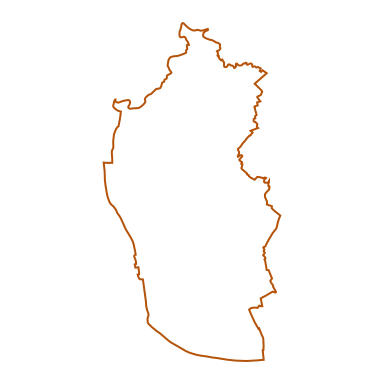 the district of Vinh Tuong, Vĩnh Phúc, Vietnam
{"feature_id": "81297802B74371944720443", "entity_name": "Vinh Tuong", "entity_type": "district", "adm_level": 2, "iso_a3": "VNM", "parent_name": "Vietnam", "parent_adm1": "Vĩnh Phúc", "projection": "mercator", "projection_center": [105.503, 21.249], "detail": "fine", "context": "isolated", "style": "outline", "palette": "amber", "viewbox_px": 384, "rotation_deg": 0, "n_neighbors": 0, "source": "geoboundaries", "source_scale": "gbopen_adm2", "svg_char_len": 5886}
<svg xmlns="http://www.w3.org/2000/svg" viewBox="0 0 384 384"><path d="M152.0,327.2L156.7,331.1L159.7,333.1L169.1,341.1L171.7,342.9L177.3,346.1L186.1,351.2L189.8,352.8L196.8,354.9L202.5,355.9L207.2,356.5L211.2,357.3L216.7,358.0L227.3,359.7L235.6,360.6L246.4,361.0L257.1,360.4L263.7,359.8L262.7,350.2L263.4,350.1L263.6,346.5L263.3,339.0L263.2,338.2L262.8,337.1L261.7,334.9L259.2,328.5L258.6,329.0L254.7,322.3L251.6,315.5L249.1,309.7L250.7,308.3L251.6,308.0L253.8,307.6L254.7,307.6L257.0,307.8L257.9,307.7L258.3,307.3L258.4,306.7L258.8,306.1L259.5,305.6L261.1,306.3L262.3,306.2L260.7,298.4L261.7,297.9L263.2,297.0L265.4,295.9L272.0,292.0L272.8,291.7L275.3,292.5L275.8,292.4L275.9,292.1L275.9,291.6L273.1,286.8L273.2,285.7L270.7,282.0L270.4,280.6L272.0,278.5L269.7,272.8L268.7,270.2L266.7,270.0L265.2,261.0L264.5,259.4L265.4,258.6L265.2,257.4L263.2,255.2L264.8,252.8L263.6,251.1L264.3,250.0L264.4,249.5L263.3,247.7L263.4,247.3L263.8,247.0L264.5,246.9L265.4,246.3L266.1,244.6L268.7,239.7L271.2,235.6L272.7,233.0L276.1,228.8L276.7,227.5L277.6,223.4L278.8,219.1L280.3,215.6L279.6,215.0L274.7,211.1L271.7,208.2L271.9,206.2L266.9,204.5L267.1,203.4L267.0,201.4L265.1,197.4L264.9,195.5L265.0,194.4L265.3,193.7L266.2,192.5L268.9,189.7L269.2,189.2L269.1,188.1L269.6,187.1L269.4,186.7L269.3,186.8L268.5,186.2L268.3,184.6L269.0,181.6L269.0,180.9L267.9,182.8L264.7,182.6L264.1,181.9L264.1,180.6L264.4,179.6L266.0,178.0L264.9,177.5L263.4,178.1L262.7,178.2L262.3,177.9L261.6,177.6L258.6,177.0L257.3,176.9L254.6,179.7L250.8,177.7L248.9,176.2L248.8,175.3L247.0,174.4L247.0,173.4L242.0,169.2L241.4,168.0L241.7,167.6L242.4,164.5L241.3,163.8L242.1,162.8L242.1,162.4L241.8,162.0L240.8,161.4L239.7,160.6L239.3,159.8L240.3,158.5L242.2,156.4L242.3,156.0L241.8,155.3L241.5,155.2L239.7,155.4L238.4,156.5L238.0,156.8L237.8,156.6L237.9,155.8L239.0,153.7L239.0,153.2L239.0,152.1L238.7,151.1L238.0,149.9L237.9,149.0L239.0,148.0L239.7,147.5L240.8,146.2L242.8,143.2L244.8,141.1L246.8,138.4L249.5,135.5L250.4,135.5L252.6,132.5L250.6,130.8L258.0,128.0L257.1,127.1L256.8,126.2L256.9,125.7L257.2,125.1L257.3,124.1L257.2,123.9L255.3,121.9L254.2,121.8L253.7,121.3L253.6,121.0L253.7,119.0L255.3,118.3L255.0,116.6L255.2,116.1L256.6,114.9L254.5,107.4L254.9,107.2L254.7,106.4L257.7,105.4L257.1,102.4L260.3,101.4L257.3,97.3L257.3,96.7L260.8,95.0L262.2,91.6L261.2,90.1L254.7,83.7L266.7,73.2L262.6,70.3L261.1,71.9L259.8,71.0L260.7,68.4L257.9,67.0L256.8,67.4L256.4,67.5L254.9,66.4L252.5,66.8L252.3,66.3L252.3,65.0L252.1,64.4L251.8,64.0L251.3,63.6L250.9,63.5L249.6,63.7L248.2,64.6L247.5,64.7L247.0,64.6L246.6,64.1L246.5,63.7L246.6,63.1L245.5,62.7L244.6,63.5L243.1,63.7L241.8,65.2L241.1,65.4L240.1,65.5L239.3,65.5L238.5,65.2L236.8,63.6L236.2,63.6L235.8,64.6L236.1,65.8L236.1,66.3L235.6,66.7L235.2,67.6L234.5,68.0L234.3,68.0L234.0,67.8L233.5,66.6L233.0,66.0L232.5,65.7L231.9,65.5L230.6,65.4L230.1,64.7L229.6,64.5L228.9,64.4L228.3,64.5L228.0,64.7L227.7,65.3L227.6,65.9L227.3,66.3L226.5,66.9L225.7,67.1L225.2,67.1L224.3,66.7L224.1,66.3L224.0,66.0L224.1,64.7L224.0,62.5L223.9,62.2L223.7,61.8L222.6,60.8L222.5,60.5L222.5,59.6L222.4,59.5L222.1,59.5L221.5,60.1L221.2,60.3L220.7,60.1L218.8,57.8L218.7,57.1L218.9,56.5L218.9,56.1L218.7,56.0L218.4,56.2L217.9,56.1L217.6,55.8L217.5,55.3L218.1,54.1L218.0,53.6L217.5,52.3L217.4,51.6L217.0,51.2L217.5,50.8L218.4,50.7L219.2,50.2L220.0,49.2L220.4,48.6L220.3,47.8L219.9,47.0L219.8,46.2L220.1,44.8L220.0,44.3L219.1,43.6L217.7,42.7L216.0,42.5L214.7,41.5L213.1,40.6L211.1,39.9L209.6,39.7L205.5,38.1L203.3,36.6L203.1,35.0L203.6,32.8L205.0,31.6L208.0,30.0L207.7,28.9L205.3,29.7L204.0,30.2L201.0,30.7L200.3,30.6L198.4,30.0L197.3,29.8L195.5,30.4L193.5,30.5L192.3,30.2L189.7,28.8L187.3,27.0L184.8,24.6L184.1,23.7L183.2,23.2L182.7,23.0L182.2,23.4L181.7,24.0L181.4,25.1L181.1,27.1L180.8,28.4L179.6,31.7L179.5,32.7L179.5,35.7L180.1,37.0L180.7,37.3L181.7,37.3L183.4,36.8L184.2,36.8L185.0,37.2L185.6,37.9L186.3,39.9L187.0,40.7L187.8,41.9L188.7,44.1L188.9,44.9L187.2,44.8L187.0,45.2L186.9,46.7L187.3,48.9L187.1,49.3L186.3,50.0L186.1,50.3L186.2,52.5L186.0,52.8L183.4,54.0L179.7,55.3L177.6,55.9L173.1,56.4L171.0,57.0L170.1,57.5L169.7,58.1L168.9,59.2L168.4,60.5L167.6,65.7L169.0,68.4L169.5,69.9L169.8,70.4L170.5,71.1L171.2,72.2L171.4,72.5L171.4,72.8L170.7,73.4L169.3,74.3L167.9,75.0L167.1,75.5L166.9,75.9L166.8,78.2L166.5,78.7L164.6,79.7L164.3,80.2L164.2,81.7L162.4,82.5L162.1,82.8L161.4,85.6L160.7,87.3L160.3,88.0L158.4,88.7L156.3,88.9L151.1,93.9L150.5,94.3L149.4,94.5L148.7,94.8L147.9,95.4L145.9,97.3L145.5,97.8L145.2,98.4L144.9,99.6L145.4,101.8L144.7,103.0L143.1,104.8L141.2,106.4L140.1,107.2L138.6,108.0L136.9,108.2L133.3,108.3L131.8,108.6L129.7,108.7L128.9,108.2L128.4,107.6L128.2,107.1L128.5,106.3L129.4,104.8L129.8,103.7L130.1,102.0L129.9,101.3L129.6,100.9L129.2,100.4L128.6,100.1L126.7,100.2L122.8,101.0L120.3,102.0L118.7,102.5L117.6,102.5L116.4,102.2L115.8,101.9L115.4,100.9L115.5,99.5L115.2,99.5L114.2,101.2L114.0,102.8L113.4,104.7L113.2,106.1L113.4,106.8L113.6,107.2L114.6,108.3L116.6,109.9L117.5,110.5L120.9,111.6L120.7,112.5L120.6,114.3L119.7,120.1L118.5,126.4L117.4,127.1L116.1,128.9L114.0,134.2L113.2,141.2L113.3,145.7L113.3,147.8L113.0,148.6L112.3,149.9L112.0,150.8L111.8,152.4L112.3,160.3L112.2,162.9L107.2,162.9L103.7,162.6L104.6,171.0L104.9,180.1L105.5,185.3L106.5,191.4L107.2,195.1L108.0,198.0L109.4,201.7L110.3,203.4L111.5,204.8L113.4,206.4L115.2,208.7L116.0,209.9L117.2,212.8L119.6,216.2L120.8,218.3L125.7,229.2L130.5,237.1L132.2,240.3L132.9,241.9L133.6,244.0L135.1,251.2L135.7,254.7L134.8,255.0L134.4,255.5L134.2,256.1L134.4,257.1L135.7,260.5L136.0,262.4L136.0,264.0L134.7,264.4L135.4,267.6L138.4,267.3L139.1,272.9L139.1,274.3L138.6,274.6L137.7,274.6L138.2,276.6L139.1,278.3L139.6,279.0L140.1,279.3L142.9,279.4L145.8,300.6L146.3,306.6L147.1,310.0L148.3,313.3L148.5,314.5L148.5,315.8L147.8,317.3L147.5,318.6L147.8,322.7L148.3,323.6L152.0,327.2Z" fill="none" stroke="#b45309" stroke-width="2"/></svg>